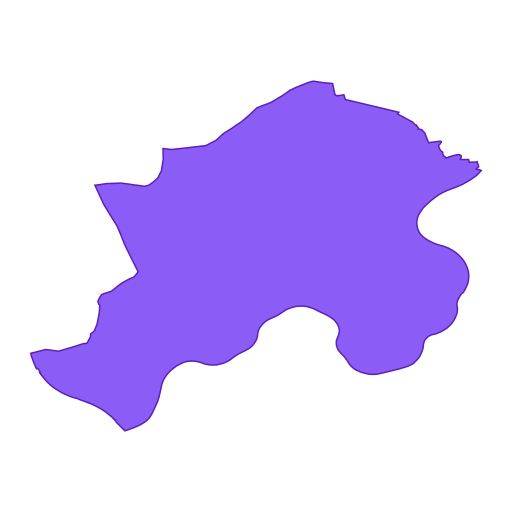 Rheden, Gelderland, Netherlands (Robinson projection)
{"feature_id": "6326949B90582310648495", "entity_name": "Rheden", "entity_type": "district", "adm_level": 2, "iso_a3": "NLD", "parent_name": "Netherlands", "parent_adm1": "Gelderland", "projection": "robinson", "projection_center": [6.043, 52.031], "detail": "fine", "context": "isolated", "style": "filled", "palette": "violet", "viewbox_px": 512, "rotation_deg": 0, "n_neighbors": 0, "source": "geoboundaries", "source_scale": "gbopen_adm2", "svg_char_len": 5942}
<svg xmlns="http://www.w3.org/2000/svg" viewBox="0 0 512 512"><path d="M124.8,430.8L126.9,430.2L134.0,427.6L137.4,426.2L139.8,425.0L142.4,423.6L145.0,421.9L145.8,421.3L147.6,419.7L148.9,418.3L150.1,416.8L151.7,414.2L155.4,406.5L157.5,401.7L158.1,400.1L159.2,396.4L161.5,385.9L161.8,384.5L162.3,382.9L162.8,381.6L163.4,380.3L163.9,379.2L165.0,377.3L166.3,375.4L167.6,373.8L168.8,372.4L170.4,370.8L172.0,369.4L176.5,366.0L177.3,365.5L179.2,364.5L181.8,363.2L183.9,362.3L185.4,361.8L186.8,361.5L188.6,361.2L190.2,361.1L193.3,361.1L195.2,361.3L198.2,361.8L200.4,362.4L203.7,363.6L206.3,364.3L208.1,364.7L210.3,364.9L211.6,365.0L215.6,364.9L216.6,364.9L217.6,364.7L221.9,363.6L224.4,362.8L227.0,361.7L229.6,360.2L234.7,356.4L236.7,355.1L238.2,354.1L241.5,352.4L245.3,350.6L248.5,348.8L250.4,347.5L252.3,345.7L254.0,343.7L256.1,340.5L256.3,339.9L256.7,338.8L257.3,336.8L258.1,331.6L258.8,329.7L259.1,329.0L260.0,327.4L261.7,325.2L263.1,323.6L264.6,322.2L266.0,321.1L268.4,319.6L276.1,316.1L278.5,314.8L280.9,313.2L285.7,310.0L287.4,309.1L290.9,307.8L294.8,306.7L297.9,306.2L301.0,306.1L303.3,306.1L305.0,306.3L307.0,306.6L310.6,307.6L312.4,308.3L313.7,308.7L316.0,309.9L320.2,312.0L324.5,313.9L327.7,315.6L329.6,316.6L331.5,317.9L333.5,319.5L334.6,320.5L335.4,321.5L336.9,323.4L338.1,325.6L338.7,327.1L338.9,328.0L339.2,329.2L339.3,330.3L339.2,332.2L338.9,333.9L338.7,334.5L337.1,338.7L336.4,340.6L336.3,342.2L336.3,343.2L336.4,345.1L337.1,347.5L337.7,348.9L338.1,349.6L339.0,351.0L340.4,352.7L342.6,354.9L344.6,357.0L347.4,360.9L349.2,364.0L350.8,365.8L352.4,367.4L354.2,368.9L355.3,369.6L358.9,371.3L361.3,372.3L365.9,373.5L368.0,374.0L371.3,374.4L373.0,374.4L375.4,374.3L376.8,374.2L379.4,373.7L383.7,372.7L394.8,370.0L398.9,369.0L401.0,368.4L406.8,366.6L408.8,365.8L410.8,364.9L413.5,363.4L415.0,361.8L417.5,359.4L419.2,357.2L420.3,355.3L421.4,353.0L422.8,349.2L423.1,347.4L423.5,344.3L423.8,342.8L424.1,342.0L424.6,340.5L425.3,339.4L426.4,338.2L427.4,337.2L429.1,336.0L430.0,335.5L431.2,335.0L432.4,334.6L434.1,334.3L435.6,333.9L438.8,332.7L441.8,331.3L444.7,329.6L447.3,327.8L449.6,325.7L451.7,323.5L453.5,321.1L454.9,318.6L456.4,315.1L457.0,313.1L457.2,311.8L457.5,309.3L457.4,307.8L457.2,306.8L457.0,305.5L456.9,303.8L457.0,302.9L457.5,300.9L458.0,299.6L458.5,298.6L460.1,295.7L461.2,294.3L462.4,293.1L463.4,292.3L465.0,289.7L467.2,285.0L467.7,283.6L468.0,282.4L468.3,281.1L468.6,279.0L468.7,277.6L468.8,275.7L468.7,273.9L468.3,271.3L468.1,270.7L467.2,267.6L466.4,265.6L465.0,262.8L463.3,260.2L462.1,258.6L460.7,257.1L458.1,254.5L455.8,252.6L454.3,251.5L451.7,249.9L448.5,248.1L445.5,246.9L442.6,245.9L439.0,245.0L435.9,244.0L432.6,242.6L430.2,241.4L427.6,240.0L424.4,237.9L422.8,236.5L421.1,234.8L420.4,234.0L419.4,232.5L418.9,231.7L418.2,230.1L417.6,228.4L417.3,227.3L416.7,223.1L417.0,220.3L417.4,218.4L417.9,216.6L418.6,214.9L419.7,213.0L421.8,209.8L423.4,207.7L426.3,204.8L428.6,202.6L430.4,201.1L434.5,197.8L439.2,194.5L440.3,193.9L443.2,192.3L447.4,190.4L451.3,188.9L455.9,187.2L458.8,186.0L461.8,184.7L464.0,183.5L468.2,181.1L470.2,179.9L472.9,178.1L476.1,175.8L477.4,174.6L479.1,172.9L480.5,171.4L481.3,170.5L479.0,169.5L477.9,169.6L476.2,168.8L478.7,166.8L478.4,165.5L477.1,161.6L476.2,162.0L475.8,162.0L469.3,162.3L469.2,162.0L469.2,161.7L468.6,159.5L461.0,159.6L460.3,159.4L460.2,159.2L460.9,158.1L461.2,157.4L461.3,157.1L461.2,155.8L460.4,155.2L460.2,154.9L458.6,154.6L457.4,154.6L456.8,154.7L455.7,155.1L454.4,155.3L449.1,156.9L449.2,157.0L445.7,158.1L445.4,157.1L444.4,156.5L443.1,154.9L442.9,154.6L442.7,152.3L442.6,152.0L442.3,151.7L441.7,151.5L440.4,150.3L439.8,149.0L439.5,148.4L439.2,148.2L439.2,147.7L438.8,147.1L438.8,146.8L438.7,146.6L438.9,146.0L438.7,145.5L438.8,145.2L439.1,144.8L439.3,144.6L439.5,144.4L440.2,143.9L440.6,143.3L440.8,142.8L441.3,142.0L441.3,141.8L441.4,141.6L440.7,141.3L440.0,141.1L435.7,141.8L432.6,142.1L428.5,142.7L425.0,133.5L424.6,132.7L424.3,132.4L421.6,129.6L418.3,129.0L418.4,128.9L419.1,129.1L416.1,124.9L415.2,124.8L415.1,124.6L414.8,124.6L412.8,122.2L397.6,114.0L398.8,112.3L386.1,109.2L345.3,99.5L343.9,94.8L339.2,95.5L336.4,95.7L335.8,95.4L335.7,95.3L335.5,94.8L335.0,94.7L332.6,83.5L323.5,82.7L314.3,81.3L313.3,81.2L312.0,81.4L308.1,82.6L297.2,86.9L294.9,87.9L290.2,90.2L289.8,90.3L289.7,90.5L282.3,95.7L281.1,96.4L277.2,98.7L272.2,101.7L270.2,102.8L265.0,104.7L257.1,107.7L251.7,112.8L249.1,115.2L241.3,121.9L236.3,125.1L232.1,128.1L223.3,133.6L216.1,140.3L205.8,145.6L186.3,147.9L171.6,149.5L163.0,148.5L163.0,149.5L163.1,153.0L163.1,154.9L163.2,156.1L163.2,157.2L163.3,158.1L163.2,159.5L161.8,168.1L161.5,170.2L161.2,171.2L157.9,177.8L157.4,178.4L155.7,179.8L152.8,182.4L149.0,185.0L148.4,185.3L145.1,186.1L144.4,186.2L143.9,186.2L136.3,185.1L135.2,185.1L129.2,184.1L124.0,183.5L121.7,183.1L119.1,183.1L116.1,183.3L107.8,183.5L102.1,184.2L100.1,184.6L94.9,185.2L103.8,204.5L110.3,215.2L116.9,225.7L120.7,234.5L124.5,244.2L127.3,250.1L130.1,255.7L133.0,261.5L136.0,267.6L138.1,271.7L136.9,273.5L134.0,277.0L129.4,278.9L123.9,281.9L120.7,283.8L119.2,285.0L117.2,286.5L115.1,288.3L113.4,289.7L112.2,290.6L111.5,291.1L109.7,291.8L105.5,293.1L101.9,294.4L100.9,295.7L99.5,297.8L97.8,301.6L99.0,304.5L99.8,305.4L99.4,311.4L99.3,312.5L97.8,320.4L97.0,324.3L94.7,329.8L94.8,330.3L92.8,332.4L90.6,333.9L90.5,336.7L89.4,338.8L88.8,339.8L87.6,342.2L86.9,343.2L86.4,343.5L84.3,343.5L83.5,343.6L73.4,346.8L59.9,350.8L58.7,351.2L45.9,349.5L30.7,353.3L30.9,354.0L31.7,356.9L32.3,358.5L33.3,361.4L35.3,366.1L35.8,367.5L36.6,368.8L37.8,368.4L40.3,372.3L39.6,372.6L41.1,374.7L43.0,377.1L46.6,381.4L50.5,385.1L53.4,387.4L56.5,389.5L58.7,390.9L62.2,392.9L64.9,394.2L68.0,395.5L70.9,396.7L75.2,398.1L77.6,398.5L78.5,399.2L83.4,401.0L86.6,402.1L87.7,402.2L87.7,402.6L88.8,402.6L88.8,403.0L90.7,403.7L93.2,404.8L95.8,406.1L98.5,407.5L101.0,408.9L105.0,411.5L108.3,414.1L111.8,417.0L114.3,419.3L114.0,419.3L115.9,421.2L116.1,422.0L124.8,430.8Z" fill="#8b5cf6" stroke="#5b21b6" stroke-width="1.5"/></svg>